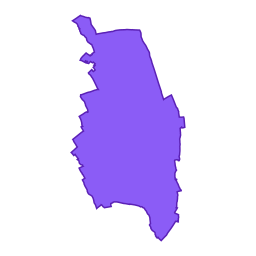 Bunesti-Averesti, Vaslui, Romania (orthographic projection)
{"feature_id": "2599482B4031189184546", "entity_name": "Bunesti-Averesti", "entity_type": "district", "adm_level": 2, "iso_a3": "ROU", "parent_name": "Romania", "parent_adm1": "Vaslui", "projection": "orthographic", "projection_center": [27.962, 46.8], "detail": "fine", "context": "isolated", "style": "filled", "palette": "violet", "viewbox_px": 256, "rotation_deg": 0, "n_neighbors": 0, "source": "geoboundaries", "source_scale": "gbopen_adm2", "svg_char_len": 5648}
<svg xmlns="http://www.w3.org/2000/svg" viewBox="0 0 256 256"><path d="M161.2,240.6L164.2,237.4L166.5,235.1L167.7,232.9L170.8,228.7L172.7,225.9L174.3,223.4L175.6,221.3L177.2,221.6L178.2,222.0L178.3,221.9L178.2,221.5L178.3,220.9L178.0,220.7L177.9,220.6L178.2,220.4L178.3,219.7L178.4,219.2L178.3,218.6L178.5,218.1L178.7,217.0L178.6,216.8L178.4,215.5L178.5,215.0L178.5,214.7L176.8,213.9L176.0,213.7L175.6,213.3L174.9,213.1L174.7,212.9L174.6,212.5L176.7,209.1L177.3,207.9L176.2,207.7L176.5,207.3L176.7,206.4L176.7,203.9L176.8,202.4L177.2,201.3L177.3,200.3L177.5,198.6L177.5,196.6L177.8,195.6L177.8,195.0L177.7,194.1L177.5,193.6L177.3,192.8L177.3,192.4L177.1,191.9L178.2,191.4L181.2,190.7L181.1,190.1L180.2,189.2L179.6,187.8L179.1,187.0L178.6,185.7L178.1,184.3L177.2,182.7L176.4,180.9L176.3,180.5L176.7,179.3L176.6,179.2L175.5,179.8L175.3,179.5L175.1,179.0L175.1,178.8L175.2,178.4L175.2,177.8L175.0,177.5L174.9,177.1L174.9,173.6L174.9,173.2L175.7,171.2L176.5,170.3L176.5,170.0L176.1,169.5L175.8,168.5L175.8,167.8L175.6,167.2L175.5,166.7L175.2,165.4L175.1,164.4L175.0,163.4L174.6,161.0L174.6,160.4L174.7,160.2L175.4,160.0L176.3,159.7L176.5,159.8L177.2,159.7L177.9,160.0L178.1,160.0L178.2,160.6L178.4,160.7L179.2,160.6L179.7,159.1L179.3,157.3L179.1,156.3L179.2,155.9L179.4,155.5L179.6,154.7L179.7,153.1L179.8,152.0L179.9,150.9L179.9,148.8L179.8,148.5L179.9,148.1L179.8,146.3L180.0,145.2L180.1,143.9L179.9,143.1L179.8,140.2L179.7,139.7L179.7,139.3L179.7,138.7L180.0,137.8L180.1,137.4L180.6,135.1L180.5,133.9L180.4,133.6L180.5,133.1L180.3,131.2L180.1,128.3L181.6,127.2L181.7,127.6L181.9,127.9L183.2,127.8L184.8,127.3L184.0,118.2L183.6,117.0L181.3,117.2L179.3,117.1L178.7,113.3L178.6,112.9L178.7,111.6L178.4,111.0L177.9,109.8L177.7,109.0L177.4,108.2L177.1,108.0L176.5,107.5L176.1,106.7L173.3,99.5L171.4,95.0L168.5,96.5L164.8,98.7L163.6,99.6L163.0,97.6L161.6,93.5L161.5,93.1L161.3,92.5L161.4,92.2L161.3,91.6L158.7,83.8L154.2,69.4L151.9,62.6L151.5,60.8L150.8,58.8L149.9,56.6L149.7,55.9L149.5,54.2L149.5,53.4L149.3,52.4L148.8,51.4L148.2,50.3L147.5,49.2L146.9,47.8L145.7,45.4L145.2,44.7L144.2,43.3L143.0,41.4L142.7,41.0L142.3,39.8L141.9,38.7L141.2,37.1L141.1,36.7L141.0,33.9L140.9,33.0L140.7,32.4L140.2,31.2L139.6,30.1L134.6,29.9L132.7,29.8L132.2,29.7L131.8,29.8L126.9,29.5L125.2,29.7L119.9,29.9L117.3,30.2L115.3,30.5L112.6,31.5L111.5,31.5L110.8,31.7L108.3,32.0L105.6,32.6L103.0,32.9L100.9,33.3L97.4,33.9L96.2,34.3L95.5,31.3L95.5,30.9L95.3,30.4L93.4,27.6L92.7,26.7L91.9,25.5L91.2,24.5L90.9,22.9L90.5,20.4L90.1,18.8L90.0,18.3L89.9,18.1L89.1,17.9L88.7,17.6L88.1,17.7L87.6,17.7L85.2,17.2L83.5,16.5L80.9,15.8L80.4,15.4L78.2,17.0L77.6,17.3L76.9,17.9L72.5,20.8L73.1,21.2L74.2,22.0L76.0,22.9L77.3,24.1L77.6,24.9L78.0,25.7L78.0,25.9L77.9,26.2L78.3,26.6L78.9,27.8L79.4,28.4L79.3,28.5L79.0,28.6L79.0,28.8L79.1,29.1L79.6,29.1L79.5,29.3L79.7,29.9L79.8,30.7L80.1,31.7L80.5,32.0L80.7,32.3L80.7,33.2L80.9,33.6L81.5,34.2L81.8,34.3L82.2,34.6L83.0,35.1L83.9,35.3L85.2,37.0L86.0,37.6L86.4,38.2L86.8,40.2L87.3,41.1L87.8,41.9L88.4,42.5L89.2,42.9L89.7,43.4L90.3,43.7L90.9,44.3L91.4,44.3L91.6,44.4L91.8,44.7L92.2,45.9L93.4,48.6L93.7,49.7L94.0,50.6L94.1,51.2L94.4,52.1L92.2,53.5L92.3,53.7L92.0,54.0L92.2,54.3L92.2,54.5L90.7,55.6L90.6,55.3L90.3,55.0L89.7,55.6L88.6,54.7L87.4,54.0L86.2,53.0L85.9,53.1L83.8,55.3L82.7,56.3L81.2,58.1L80.8,58.7L80.2,60.3L81.0,60.4L81.6,60.6L84.6,62.2L85.5,60.8L86.1,61.2L85.1,62.4L86.0,62.8L86.6,61.8L87.1,61.3L87.4,61.5L86.9,62.1L86.5,63.0L87.3,63.1L88.7,63.5L89.2,62.8L90.5,61.5L91.6,62.3L91.7,62.2L92.7,62.8L93.4,62.2L95.2,63.9L93.9,65.2L94.9,65.7L93.2,67.3L94.0,68.2L94.3,68.7L94.5,69.1L95.1,70.0L93.4,71.5L92.8,71.1L92.2,70.1L91.8,69.6L88.4,72.9L88.8,73.8L90.5,75.2L91.0,76.0L91.3,76.3L91.4,76.7L92.5,78.1L94.3,81.6L96.8,86.8L97.2,87.7L97.7,88.5L98.3,89.5L97.2,89.5L96.6,89.7L96.1,89.9L94.7,90.2L90.8,91.7L89.3,92.1L88.5,92.2L87.5,92.5L81.8,94.6L81.0,94.8L80.7,94.8L80.6,95.8L80.4,96.4L80.5,96.7L80.9,97.4L82.4,99.7L83.3,100.4L84.5,101.7L85.0,103.3L85.3,103.8L85.4,104.5L85.6,105.5L85.9,106.1L86.4,107.1L87.6,109.4L88.0,112.0L87.3,112.3L87.2,112.1L86.5,111.9L85.1,112.6L83.3,113.9L79.2,116.4L79.6,117.1L80.4,118.6L81.1,120.4L81.7,122.6L81.8,123.4L81.9,125.0L82.0,125.4L82.4,126.1L82.6,126.3L81.1,126.9L83.5,131.1L81.6,132.3L72.8,139.4L73.1,139.7L73.2,140.0L73.9,141.7L75.7,144.4L76.6,146.1L77.0,146.7L77.3,146.9L77.2,147.1L71.2,152.5L72.0,153.3L73.8,155.5L75.1,154.4L76.1,156.0L78.3,158.7L77.2,159.5L77.5,159.8L78.1,159.4L79.0,161.1L79.2,162.5L79.5,163.4L80.9,164.7L82.1,164.9L82.6,165.2L82.5,165.5L82.7,166.2L82.9,166.3L79.1,168.1L80.2,170.5L81.3,172.3L81.7,172.8L81.8,172.9L82.2,173.3L82.1,173.6L82.2,173.9L82.7,174.5L82.9,174.6L84.9,178.2L82.4,179.9L83.3,181.6L83.8,182.4L84.0,183.1L84.0,183.5L84.1,184.0L85.0,186.1L87.0,189.6L87.2,190.3L87.3,191.5L88.2,193.4L88.9,194.2L90.9,195.3L92.1,196.2L92.2,196.4L93.1,198.2L93.6,199.8L94.2,202.9L95.4,204.7L96.7,208.5L97.5,207.7L100.9,205.2L101.1,205.0L101.2,204.7L101.9,205.1L103.1,206.7L103.7,207.0L104.4,207.7L111.2,206.5L110.8,205.2L110.8,203.5L112.7,202.8L113.0,202.3L114.2,201.9L116.7,201.9L118.3,202.2L123.8,203.5L125.2,203.6L129.7,204.4L129.8,204.1L134.8,204.9L138.8,205.9L140.7,206.9L141.3,206.7L141.9,206.8L142.4,207.1L142.7,207.5L144.3,208.2L145.2,209.8L146.3,211.1L147.5,213.7L148.1,214.4L148.7,214.8L149.1,215.5L149.6,216.9L150.0,218.1L149.9,218.6L150.5,223.7L150.1,224.0L149.5,224.9L149.6,225.3L149.9,225.6L150.7,227.1L150.9,227.8L150.9,228.5L152.2,230.4L153.9,231.6L154.8,232.3L155.1,233.0L155.1,234.4L155.2,234.6L155.6,235.0L155.6,236.0L156.1,236.4L156.3,237.0L156.8,237.5L157.0,237.9L157.4,238.0L158.0,237.3L159.0,238.6L161.2,240.6Z" fill="#8b5cf6" stroke="#5b21b6" stroke-width="1.5"/></svg>